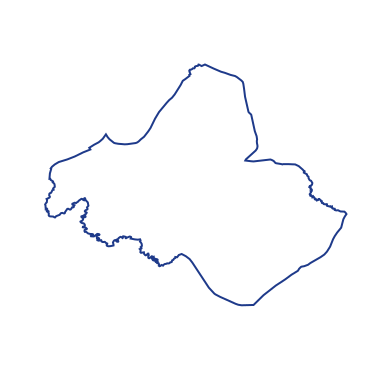 the district of Sila Lat, Si Sa Ket, Thailand, rotated 258°
{"feature_id": "78962969B41735347341952", "entity_name": "Sila Lat", "entity_type": "district", "adm_level": 2, "iso_a3": "THA", "parent_name": "Thailand", "parent_adm1": "Si Sa Ket", "projection": "robinson", "projection_center": [104.084, 15.49], "detail": "fine", "context": "isolated", "style": "outline", "palette": "blue", "viewbox_px": 384, "rotation_deg": 258, "n_neighbors": 0, "source": "geoboundaries", "source_scale": "gbopen_adm2", "svg_char_len": 5953}
<svg xmlns="http://www.w3.org/2000/svg" viewBox="0 0 384 384"><g transform="rotate(258 192 192)"><path d="M234.5,55.3L234.4,56.1L233.2,56.3L231.2,58.3L230.9,58.3L230.4,57.8L228.8,59.0L227.7,59.1L225.8,58.9L225.4,58.7L224.8,57.5L224.3,56.9L223.0,57.1L222.8,55.8L220.6,54.1L220.3,52.6L219.9,52.1L218.4,51.6L217.0,52.0L216.4,51.7L216.1,51.2L215.4,48.3L214.4,48.6L212.1,47.8L211.3,46.6L210.2,45.7L209.3,45.9L206.7,45.5L206.1,46.5L205.7,46.7L205.4,46.4L205.0,45.6L204.1,46.8L203.1,46.1L202.9,46.4L203.2,47.4L202.9,47.7L201.7,47.1L200.9,47.5L198.9,47.0L198.2,47.3L197.7,48.0L196.8,51.2L195.8,52.2L195.6,52.8L196.6,54.1L197.2,57.8L198.2,58.9L198.6,59.7L198.5,60.9L197.7,62.2L197.6,62.8L197.9,63.3L198.8,63.7L201.4,66.5L201.4,67.3L200.2,68.9L200.1,69.5L200.3,69.9L201.9,71.6L201.7,72.8L201.8,73.1L202.2,73.3L203.4,73.1L203.3,74.1L203.5,74.3L204.7,72.4L205.1,72.4L205.4,72.6L205.9,74.9L205.3,76.4L205.7,77.0L206.1,78.3L207.0,79.4L208.3,82.4L208.0,83.2L206.9,83.9L206.3,84.8L206.5,85.0L208.1,85.2L208.3,85.7L208.1,86.1L206.1,86.3L203.5,87.9L200.1,87.8L198.8,86.1L197.3,86.3L196.8,86.1L196.2,83.9L195.6,83.2L195.1,83.2L193.9,84.6L193.6,84.7L192.6,83.7L192.3,82.6L192.1,82.2L191.4,82.3L190.4,82.8L189.9,82.7L189.6,82.0L189.7,81.4L191.1,81.0L191.4,80.7L191.2,78.8L190.8,78.6L190.1,78.8L189.2,80.1L187.7,79.7L186.7,78.5L186.4,76.9L186.2,76.7L185.8,76.8L185.1,77.3L184.4,78.1L183.9,79.5L182.6,80.3L181.7,80.3L181.1,80.0L180.8,79.4L180.7,78.1L180.2,77.9L180.0,78.3L179.6,80.0L179.1,80.7L178.0,81.5L177.5,81.2L177.4,79.5L177.1,79.0L176.2,78.7L175.3,78.9L175.0,80.2L173.0,81.8L172.1,83.8L171.6,85.7L171.1,86.4L170.7,86.4L170.6,86.2L170.3,84.2L170.1,83.9L169.7,84.0L169.0,86.4L169.0,87.2L170.7,90.6L170.5,91.4L169.9,92.5L169.5,92.6L169.2,92.2L169.0,90.2L168.5,89.6L166.6,89.4L166.5,90.9L166.1,91.4L165.7,91.5L165.2,91.4L165.0,91.0L165.1,89.6L164.5,89.4L163.8,90.6L163.8,93.1L163.5,93.3L162.5,93.2L161.8,93.9L161.5,94.8L161.4,96.2L161.2,96.5L160.1,97.2L159.2,98.4L158.8,98.3L158.0,97.5L157.4,97.5L156.8,97.9L156.3,99.0L156.0,100.9L156.0,104.1L156.6,104.3L159.1,104.2L160.3,105.2L160.9,106.1L160.9,106.8L158.9,108.4L158.7,109.3L158.9,109.6L159.6,109.6L160.5,108.6L161.1,108.5L161.5,110.1L162.2,110.7L163.0,112.6L162.7,113.4L161.4,114.5L161.7,114.9L162.9,115.3L162.9,115.8L161.9,117.8L160.6,117.6L160.5,117.8L160.9,119.0L161.4,121.7L161.2,122.3L160.7,123.0L160.4,123.1L159.2,122.3L157.5,126.3L156.6,129.2L156.5,131.4L155.3,131.6L154.3,130.8L153.3,131.5L151.7,132.0L149.7,131.8L148.8,130.4L147.7,131.0L147.4,130.9L147.0,129.1L146.0,129.7L143.8,129.0L143.1,129.5L143.0,132.4L141.4,132.3L140.0,133.1L139.7,133.5L139.8,134.4L140.9,135.9L140.8,136.5L139.2,136.6L138.1,135.8L136.8,135.6L136.3,135.9L136.1,136.7L137.5,139.2L137.3,139.7L137.1,139.8L136.1,138.8L135.5,138.9L135.8,139.9L136.5,140.7L136.6,141.1L135.2,141.1L134.8,140.0L134.2,139.5L133.6,139.5L133.1,140.0L133.0,140.4L133.1,140.9L134.2,142.4L133.3,144.1L132.8,144.3L132.4,144.0L132.5,142.2L131.8,141.7L131.1,142.0L131.3,143.4L131.0,144.0L130.5,143.9L130.1,143.2L129.7,143.1L129.5,143.3L129.4,144.2L129.1,144.6L128.0,144.6L127.2,145.0L126.7,144.3L126.2,144.7L126.2,145.5L126.9,147.2L126.0,148.3L126.7,149.1L127.2,150.4L127.1,151.7L127.4,152.9L127.1,153.6L127.0,154.7L127.1,155.2L127.7,156.0L127.7,157.5L129.3,158.4L129.5,159.6L130.5,160.5L130.9,161.9L131.9,162.2L131.3,163.9L133.1,166.0L133.5,169.0L130.5,172.6L126.9,175.7L123.0,177.6L94.9,188.6L88.0,192.7L87.0,193.6L83.5,197.8L73.5,211.5L72.1,213.8L70.9,216.9L68.7,228.7L76.2,240.5L83.1,254.6L87.1,264.9L90.4,272.1L92.9,279.2L94.7,280.9L96.1,283.1L96.2,283.6L96.1,286.3L96.7,290.4L97.9,293.0L101.5,304.1L103.3,308.4L105.6,311.6L109.8,315.7L116.4,320.1L119.1,322.4L122.1,325.5L126.1,330.5L133.9,334.4L136.3,336.4L138.3,338.5L139.8,337.9L141.1,337.0L142.1,333.2L143.8,331.0L144.0,329.2L144.8,327.8L145.1,327.7L145.6,328.2L145.9,328.1L145.9,327.4L146.5,327.0L146.6,326.1L147.3,325.7L148.7,325.9L148.5,324.9L149.2,324.6L149.0,323.9L149.6,323.1L149.7,322.5L150.1,321.9L150.3,321.3L150.8,321.1L151.9,321.5L152.2,320.9L152.1,320.5L152.6,318.7L152.8,318.4L153.8,318.1L153.9,317.3L154.3,316.8L154.6,316.7L155.9,317.1L156.3,316.3L157.0,316.3L157.8,315.6L158.7,315.1L158.8,314.5L157.9,313.6L157.8,312.3L158.8,312.2L158.9,311.1L159.3,310.7L160.0,311.1L160.4,310.6L161.6,310.3L161.8,309.9L161.6,309.2L161.7,308.7L162.9,309.2L162.9,308.4L163.8,306.9L164.1,306.9L164.5,307.4L164.9,306.8L165.4,306.7L166.9,308.3L168.1,308.2L168.0,309.2L169.0,309.7L169.6,309.6L170.1,308.7L170.9,309.0L171.3,308.5L171.9,308.7L172.5,307.8L173.4,308.5L173.4,309.8L174.0,310.3L174.2,310.9L175.8,311.6L178.2,310.8L178.9,309.8L179.5,309.4L181.3,308.9L182.8,309.1L184.0,308.1L185.4,308.1L187.7,305.4L188.1,305.5L188.6,306.4L189.1,306.4L189.9,305.4L190.7,305.1L195.1,301.8L197.5,298.7L199.3,291.8L200.3,286.9L200.2,286.2L200.9,284.8L202.6,280.4L203.0,279.7L205.4,278.3L206.8,276.6L207.5,275.4L209.1,258.6L209.8,256.2L211.7,250.7L212.7,251.5L219.3,262.9L221.0,264.7L222.8,265.5L224.1,265.7L226.3,265.7L228.4,266.0L229.9,266.6L233.2,266.8L238.4,266.1L255.1,266.0L255.5,265.9L258.1,264.1L258.8,263.9L274.1,263.7L282.2,264.4L287.3,264.7L289.2,264.5L290.9,263.4L295.2,259.7L296.5,258.2L298.5,254.1L301.8,248.8L303.6,245.4L308.2,238.9L314.0,231.2L313.2,227.6L315.3,225.1L315.3,224.8L314.3,224.2L314.2,223.3L314.3,222.1L314.0,220.9L313.1,220.7L312.5,219.9L312.8,218.6L312.2,217.7L311.9,216.4L312.0,215.4L311.5,215.1L311.4,214.7L310.6,214.8L310.3,214.5L307.6,215.0L307.2,213.7L306.1,213.7L303.7,208.6L302.7,206.1L299.1,203.2L291.1,195.4L288.4,192.1L286.6,188.7L284.2,185.4L277.1,176.4L271.4,171.1L263.2,164.7L260.3,161.7L256.0,156.6L254.1,152.8L252.7,150.6L251.9,148.9L251.6,147.1L252.2,138.8L252.6,136.2L254.5,129.9L255.7,126.9L256.4,125.8L260.7,122.3L263.2,120.9L266.3,119.8L262.6,115.8L260.9,112.8L260.0,111.0L258.6,106.1L256.6,100.7L254.7,101.4L253.4,93.8L251.1,84.7L249.8,76.8L249.0,67.9L247.5,63.5L245.8,60.3L244.4,58.7L243.9,59.1L239.8,56.9L234.5,55.3Z" fill="none" stroke="#1e3a8a" stroke-width="2"/></g></svg>